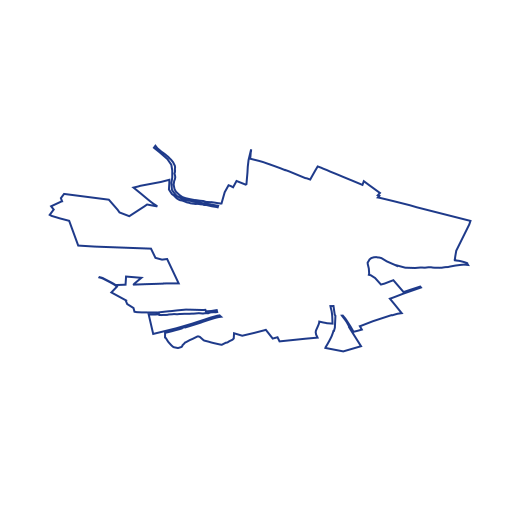 outline of Bauska, Bauska, Latvia, rotated 190°
{"feature_id": "27541924B8748628129152", "entity_name": "Bauska", "entity_type": "district", "adm_level": 2, "iso_a3": "LVA", "parent_name": "Latvia", "parent_adm1": "Bauska", "projection": "natural_earth1", "projection_center": [24.202, 56.407], "detail": "fine", "context": "isolated", "style": "outline", "palette": "blue", "viewbox_px": 512, "rotation_deg": 190, "n_neighbors": 0, "source": "geoboundaries", "source_scale": "gbopen_adm2", "svg_char_len": 6081}
<svg xmlns="http://www.w3.org/2000/svg" viewBox="0 0 512 512"><g transform="rotate(190 256 256)"><path d="M295.7,192.8L290.4,194.1L285.3,195.9L284.5,194.1L285.9,193.6L287.9,193.3L290.6,192.7L292.1,192.0L293.1,191.3L294.7,191.1L296.6,190.7L298.2,190.1L302.3,189.8L307.4,188.4L308.1,188.3L310.4,187.8L310.9,187.7L311.1,187.6L316.7,186.6L319.2,186.0L321.3,185.6L323.6,184.9L326.6,184.6L328.6,184.0L331.6,183.3L333.2,182.6L335.6,182.1L337.0,181.9L338.5,181.5L341.0,181.1L341.4,181.8L345.3,180.8L346.5,180.6L351.5,179.7L345.6,165.8L343.7,161.4L322.1,170.9L317.0,173.4L307.3,178.2L303.4,180.3L295.1,184.7L294.4,185.1L290.0,187.5L284.7,190.0L283.9,190.4L281.6,191.2L281.4,191.0L279.9,190.1L282.1,189.4L284.3,188.5L286.6,187.4L292.0,184.6L297.2,181.8L298.8,180.8L303.8,178.2L310.0,175.0L313.0,173.5L313.2,173.8L316.1,172.4L316.4,171.8L319.0,170.5L322.5,168.9L325.4,167.5L328.3,166.2L332.2,164.5L331.4,159.9L331.1,159.8L330.4,159.4L329.7,158.6L327.8,156.5L326.9,155.7L323.8,153.3L322.0,152.2L321.1,151.9L317.2,151.8L316.9,151.8L316.2,152.1L314.7,152.9L314.1,153.2L313.6,153.5L313.3,153.8L313.0,154.5L312.9,155.3L311.3,157.6L310.8,158.5L309.8,159.1L309.2,159.6L306.6,161.7L304.0,163.4L299.7,166.6L299.3,166.7L298.9,166.8L297.9,166.7L297.3,166.6L292.9,163.9L292.0,163.7L290.6,163.6L287.8,163.4L285.4,163.1L282.7,162.9L276.2,162.6L274.4,162.6L274.2,162.7L270.6,165.4L269.7,165.6L268.9,166.1L267.9,167.0L267.7,167.3L265.4,168.9L264.6,169.5L263.6,170.9L264.2,176.1L255.7,175.1L244.5,179.9L235.1,184.2L233.5,185.0L225.2,177.6L220.7,179.7L218.0,176.0L192.7,183.2L181.2,186.3L181.8,187.2L183.1,188.9L184.0,191.3L184.0,193.0L183.1,196.6L182.5,199.2L182.2,200.9L182.3,202.4L178.4,202.2L175.8,202.2L174.5,202.1L168.9,202.7L170.3,209.2L171.0,211.9L172.0,215.0L173.0,217.1L174.0,219.6L171.0,220.2L168.3,211.9L167.4,210.9L166.4,203.1L165.9,199.1L166.2,195.8L166.7,195.7L166.9,194.0L167.2,192.2L167.6,190.1L168.2,188.0L169.1,185.1L170.5,181.1L171.6,178.3L171.7,177.5L153.5,177.2L136.9,185.4L149.7,199.5L151.9,202.0L151.7,202.2L152.8,203.7L155.3,206.8L157.3,208.8L160.6,211.8L161.0,212.2L160.2,212.4L157.3,210.0L155.9,208.6L150.9,203.2L146.8,198.3L142.9,200.0L139.0,201.9L141.5,204.9L141.3,205.0L139.4,206.1L129.5,212.1L112.3,221.3L112.0,221.2L111.7,221.2L106.6,223.7L102.6,225.0L110.5,231.9L116.7,237.2L114.7,238.3L111.0,240.5L104.4,244.5L88.1,253.6L89.0,254.4L98.6,249.3L104.4,246.1L116.5,256.0L119.6,254.2L124.7,251.1L128.0,249.6L134.9,255.0L139.7,257.0L141.6,257.1L141.5,258.3L142.7,263.2L144.6,267.6L144.9,268.9L144.3,270.3L143.6,272.3L142.1,274.0L139.7,275.2L137.3,275.8L135.9,275.7L134.4,275.9L132.1,275.7L126.2,273.4L123.3,272.7L121.3,272.2L119.2,271.7L117.5,271.3L115.7,270.8L115.8,271.2L107.0,270.4L97.3,271.8L92.1,273.2L90.3,273.5L88.2,273.7L87.3,273.9L84.4,274.8L83.4,275.0L81.8,275.3L79.7,275.3L77.9,275.5L73.1,276.3L71.0,276.7L69.7,277.2L67.6,277.9L64.9,278.5L63.1,279.3L58.0,281.2L52.8,282.8L49.8,283.6L48.4,283.8L46.9,283.9L45.6,284.0L46.8,285.4L46.8,285.6L47.0,285.7L48.3,285.9L50.4,286.2L53.0,286.4L54.7,286.5L55.4,286.5L58.3,286.3L59.1,286.3L59.5,286.3L59.6,286.6L59.4,286.8L59.2,287.2L59.3,287.4L59.4,287.5L59.6,287.6L59.7,290.4L59.7,296.1L59.4,297.0L51.5,323.9L51.3,325.1L50.9,327.8L71.2,329.3L106.2,331.9L113.2,332.7L130.0,333.9L144.6,334.8L146.1,334.8L145.0,336.6L146.6,336.9L144.9,339.6L153.7,343.9L156.8,345.4L162.8,348.4L163.5,344.5L175.5,347.2L176.5,347.4L184.7,349.2L187.7,349.9L191.8,350.8L197.6,352.0L201.0,352.9L205.1,353.7L206.9,354.2L210.8,354.9L212.4,350.7L214.8,343.9L215.9,340.7L219.4,341.3L221.1,341.3L238.2,345.1L242.2,345.8L242.3,345.6L246.9,346.6L254.2,347.9L265.8,349.8L269.8,350.2L278.7,350.8L278.8,353.3L279.2,357.2L279.1,358.2L279.3,360.2L280.0,349.2L279.6,342.5L278.9,336.6L277.9,325.1L278.6,324.5L288.2,326.5L290.5,319.7L291.8,320.1L292.6,320.4L293.6,320.6L295.3,320.9L297.9,313.4L299.1,301.7L299.8,301.5L301.5,301.5L302.7,301.4L305.3,301.4L309.4,301.3L310.1,301.1L314.6,300.6L317.2,301.0L320.9,300.7L324.7,300.6L324.7,300.4L330.6,300.5L335.2,300.7L337.3,301.0L338.9,301.3L341.8,302.7L343.7,303.9L346.1,305.5L347.9,307.8L349.5,312.0L349.6,315.7L349.2,317.6L349.2,319.6L349.7,321.1L350.2,322.2L350.6,323.2L350.4,324.5L350.5,325.7L351.0,327.7L351.1,329.4L351.6,330.8L353.9,333.9L356.4,336.1L357.4,336.7L359.7,338.4L361.9,339.6L362.8,340.2L363.9,340.7L364.8,341.2L366.6,342.0L367.5,342.4L368.1,342.8L370.0,343.9L370.5,344.2L371.9,345.0L374.2,347.1L375.3,344.9L368.9,341.4L360.1,336.1L355.2,331.1L353.3,325.6L352.1,318.7L352.0,313.4L350.3,306.6L348.2,304.4L344.5,301.4L338.6,299.4L333.3,299.0L323.3,298.7L307.9,298.9L302.0,298.8L302.2,297.3L303.4,297.4L307.8,297.3L308.4,297.3L313.9,297.6L315.3,297.3L316.7,297.3L317.5,297.6L319.1,297.3L320.6,297.3L321.2,297.3L323.6,297.1L324.0,296.8L325.4,296.7L326.4,296.7L327.2,296.6L328.1,296.6L329.2,296.5L331.4,296.8L333.2,296.8L333.7,296.9L336.0,297.4L338.2,297.8L340.6,297.8L341.7,298.1L343.8,298.9L345.1,299.7L346.2,300.5L347.3,301.3L349.6,302.4L352.3,305.3L353.3,306.4L354.0,312.6L354.6,316.0L362.5,312.4L382.2,305.0L384.1,304.0L388.5,302.1L379.9,297.3L372.6,293.1L368.6,290.9L366.0,289.6L363.8,288.7L361.8,287.7L365.3,287.7L372.2,287.8L374.4,285.6L387.7,273.2L398.0,275.2L400.3,277.5L410.7,285.9L455.8,283.8L458.2,279.1L456.5,276.2L456.8,276.1L466.4,269.4L463.3,266.6L466.3,260.7L464.3,260.0L459.1,259.4L455.9,259.0L452.1,258.7L446.1,258.2L432.9,235.4L416.2,237.3L360.7,245.0L354.7,236.7L347.9,236.1L343.0,237.6L327.4,215.6L342.4,212.9L342.7,212.6L345.4,212.1L349.1,211.3L352.0,210.7L354.4,210.2L360.7,208.9L362.5,208.5L370.4,206.8L371.4,206.6L371.5,206.8L371.0,207.6L369.6,209.3L365.1,214.6L380.4,213.2L379.5,205.1L389.2,203.0L391.3,203.9L393.3,204.6L402.3,207.4L403.1,207.7L403.9,207.8L404.8,207.9L406.4,208.0L406.5,207.7L405.2,207.6L403.8,207.4L402.5,207.1L395.1,204.8L393.4,204.2L391.6,203.6L389.9,202.9L388.3,202.1L387.6,201.7L392.1,195.0L376.3,189.7L376.5,189.4L374.5,186.3L367.6,183.5L366.0,180.0L363.7,180.0L359.6,180.5L352.9,181.6L342.9,183.3L336.3,185.3L332.1,186.5L330.3,186.9L324.0,188.8L315.9,191.0L311.6,191.7L298.7,193.6L296.5,194.2L295.7,192.8Z" fill="none" stroke="#1e3a8a" stroke-width="2"/></g></svg>